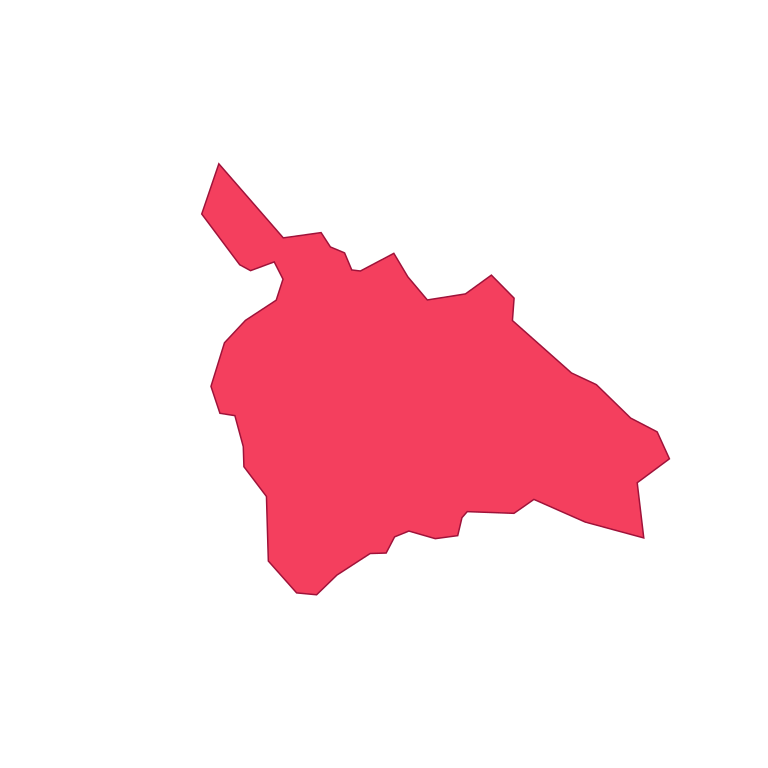 Keita, Tahoua, Niger, rotated 235°
{"feature_id": "23599985B44584919101761", "entity_name": "Keita", "entity_type": "district", "adm_level": 2, "iso_a3": "NER", "parent_name": "Niger", "parent_adm1": "Tahoua", "projection": "natural_earth1", "projection_center": [5.89, 14.779], "detail": "fine", "context": "isolated", "style": "filled", "palette": "rose", "viewbox_px": 768, "rotation_deg": 235, "n_neighbors": 0, "source": "geoboundaries", "source_scale": "gbopen_adm2", "svg_char_len": 783}
<svg xmlns="http://www.w3.org/2000/svg" viewBox="0 0 768 768"><g transform="rotate(235 384 384)"><path d="M261.6,557.6L285.5,543.9L362.3,525.6L379.7,539.8L411.6,534.4L411.1,502.4L428.0,467.7L458.1,465.0L485.4,467.0L490.1,429.5L495.9,423.0L514.0,426.9L527.0,418.7L544.1,419.3L561.5,385.3L659.1,375.0L627.8,332.2L564.4,334.2L553.4,339.7L547.0,364.1L527.8,361.4L514.5,343.8L515.6,307.0L509.3,277.0L481.3,240.9L454.1,232.8L443.6,243.7L413.4,232.8L396.6,221.8L359.3,223.2L305.3,187.7L263.0,192.6L250.0,207.9L254.5,235.8L253.1,275.4L244.3,288.8L252.7,305.0L249.3,320.0L227.9,337.3L217.5,357.4L229.8,371.2L231.7,379.0L203.5,416.3L203.5,440.6L155.4,469.7L108.9,508.5L157.9,534.8L159.0,574.9L188.1,580.3L214.6,566.5L261.6,557.6Z" fill="#f43f5e" stroke="#9f1239" stroke-width="1.5"/></g></svg>